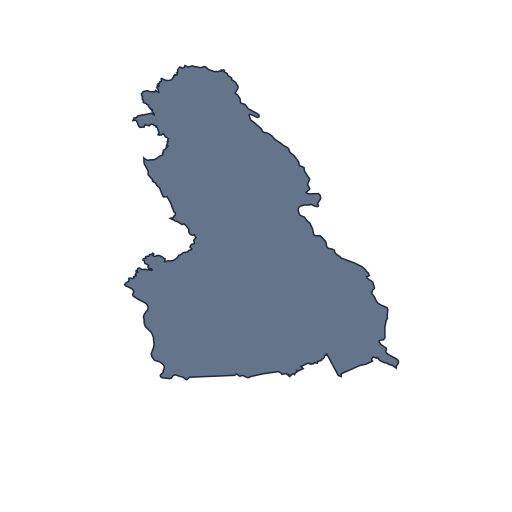 the district of Coyaima, Tolima, Colombia, rotated 117°
{"feature_id": "7082276B89434947154021", "entity_name": "Coyaima", "entity_type": "district", "adm_level": 2, "iso_a3": "COL", "parent_name": "Colombia", "parent_adm1": "Tolima", "projection": "equal_earth", "projection_center": [-75.157, 3.75], "detail": "fine", "context": "isolated", "style": "filled", "palette": "slate", "viewbox_px": 512, "rotation_deg": 117, "n_neighbors": 0, "source": "geoboundaries", "source_scale": "gbopen_adm2", "svg_char_len": 6155}
<svg xmlns="http://www.w3.org/2000/svg" viewBox="0 0 512 512"><g transform="rotate(117 256 256)"><path d="M397.6,261.5L394.2,260.2L372.0,220.8L370.2,220.1L369.9,219.4L370.5,215.9L368.4,213.6L368.3,208.3L367.2,206.8L366.4,206.7L357.5,195.9L349.1,183.9L348.8,182.6L349.0,180.3L349.6,179.0L346.9,175.6L347.6,174.6L346.9,173.7L346.8,173.0L347.6,173.2L348.2,171.3L344.3,169.8L343.9,168.7L344.2,167.8L342.6,167.9L340.0,166.7L339.6,167.2L339.7,166.5L334.9,162.8L334.1,165.8L328.3,161.5L327.6,159.9L327.7,158.5L327.3,158.2L327.3,157.6L326.3,156.7L326.0,155.9L324.2,155.3L324.2,154.2L323.6,152.6L321.9,153.2L320.3,151.2L319.8,151.3L319.1,150.2L318.1,150.6L317.1,149.6L315.3,149.2L313.0,149.5L312.7,148.5L311.8,149.0L311.2,148.4L325.1,128.4L324.8,125.3L322.2,126.5L306.1,113.5L302.6,109.0L296.7,104.4L296.3,105.5L295.2,106.2L293.1,105.9L292.5,105.1L292.6,103.4L291.9,102.6L292.2,101.9L291.5,101.3L291.7,100.0L292.3,100.0L292.9,98.0L292.8,92.9L292.1,91.9L292.3,88.2L291.5,84.9L292.3,80.2L289.8,80.9L286.8,80.5L285.6,80.9L284.6,81.8L283.9,83.8L283.7,93.1L283.1,95.8L282.2,97.1L280.1,97.3L279.0,98.1L278.2,104.4L276.8,107.0L276.2,107.6L275.3,107.6L274.0,106.5L273.0,104.5L270.5,103.9L260.9,108.9L254.2,110.7L252.1,110.5L248.9,112.3L243.9,114.2L242.5,115.9L242.9,122.4L242.7,125.7L241.1,128.9L238.7,131.8L236.7,136.0L233.6,136.7L231.3,135.8L230.5,136.0L226.3,140.1L225.7,142.5L225.8,144.1L225.1,147.3L224.1,147.8L222.0,146.1L220.0,148.7L219.6,150.9L218.6,152.0L217.4,156.5L217.5,165.0L219.2,178.8L218.5,180.8L217.9,185.3L217.3,186.9L215.3,188.9L215.2,191.2L216.2,194.7L216.0,196.5L215.0,197.8L212.7,199.2L211.0,201.4L208.8,208.1L210.9,212.0L211.0,213.3L210.4,214.5L206.4,217.7L202.3,222.8L201.4,226.6L199.4,230.4L199.7,235.1L199.1,236.4L195.9,239.3L194.5,239.8L192.8,239.9L191.2,238.9L188.5,235.9L186.2,231.4L185.0,230.6L184.9,226.4L184.5,224.4L183.7,223.3L183.0,223.1L180.9,225.0L176.2,224.4L174.7,224.9L172.8,226.4L172.0,228.7L176.5,236.8L177.0,239.6L176.5,240.3L172.8,238.7L171.6,238.6L168.9,242.5L163.1,243.1L158.3,251.5L155.4,253.3L155.7,257.6L155.4,258.8L152.8,260.7L149.2,267.8L148.3,272.7L146.2,275.0L145.2,276.8L145.0,282.2L144.2,285.3L143.6,291.5L142.7,294.5L141.9,295.7L141.3,299.3L141.4,302.2L142.1,304.6L142.2,306.2L140.5,308.8L139.8,310.6L137.8,318.7L137.2,322.7L133.6,326.1L133.0,326.0L132.3,324.8L132.0,322.8L132.0,317.7L130.6,316.5L129.0,317.3L128.5,319.8L128.3,329.4L127.8,331.0L125.9,334.5L126.5,338.2L126.3,339.5L123.4,341.4L122.4,342.7L121.1,345.4L120.4,348.6L114.8,348.2L113.3,348.8L112.4,349.8L112.0,351.0L110.9,352.4L109.9,356.3L109.9,357.8L108.4,358.5L107.9,363.1L106.5,364.6L106.3,368.0L105.1,368.4L104.9,369.2L106.1,371.3L106.6,370.5L107.1,370.5L107.7,372.5L109.2,373.7L109.4,374.9L110.5,376.3L111.4,382.6L110.4,386.5L110.8,388.5L112.3,389.6L113.6,391.3L114.5,395.3L115.1,396.5L115.5,399.1L118.5,402.3L118.5,405.8L120.9,405.6L122.1,406.7L121.9,408.6L122.4,409.9L126.0,410.3L127.5,409.3L128.8,410.0L129.2,408.9L130.6,408.7L131.2,410.7L131.9,410.2L132.7,411.1L134.1,410.6L134.7,411.1L137.0,411.0L139.1,413.2L140.5,416.1L140.6,420.4L141.0,421.0L143.3,419.6L144.3,420.7L145.9,420.6L146.9,421.5L148.0,420.1L148.7,421.5L149.1,421.1L149.3,420.0L150.0,420.8L150.5,420.5L151.1,420.8L151.8,419.0L154.3,417.0L154.4,419.2L154.0,420.5L156.4,421.3L156.1,422.1L157.6,424.6L158.0,427.7L160.7,431.2L162.5,431.2L163.3,431.8L164.8,431.0L165.7,429.3L167.9,428.7L168.5,426.8L170.1,426.4L170.4,425.0L169.9,423.4L170.5,422.0L170.3,421.1L171.8,419.2L173.2,416.0L173.1,415.6L172.6,415.6L172.6,414.8L174.1,414.5L175.6,411.3L176.5,410.8L176.3,414.2L179.4,417.6L180.1,419.0L181.3,419.7L181.7,421.4L182.9,422.3L184.8,424.8L187.1,425.5L188.3,427.2L191.3,427.2L189.8,425.2L189.8,423.8L193.6,419.3L194.1,417.7L191.8,414.1L190.4,414.7L189.6,414.4L188.3,410.0L186.3,409.5L185.3,407.0L186.0,406.0L185.4,403.8L186.4,403.8L186.3,402.6L187.0,401.5L188.9,399.9L190.1,398.2L192.4,398.4L192.3,397.1L191.5,396.5L191.2,395.1L189.4,394.5L189.1,393.8L190.9,390.9L191.0,388.5L191.4,387.2L192.6,387.3L193.9,386.3L194.3,387.0L196.0,385.9L197.4,386.0L197.9,384.5L198.7,385.7L199.6,384.7L200.1,385.2L201.8,385.1L203.9,386.6L205.7,385.6L206.8,386.0L207.6,385.0L208.3,384.9L210.8,387.3L214.0,388.7L216.4,390.4L218.9,394.8L220.0,395.8L219.9,399.6L219.6,400.5L223.9,398.0L225.0,396.9L229.3,390.6L232.6,389.0L235.2,382.5L236.3,382.3L236.6,378.7L238.4,375.9L238.9,373.0L244.5,366.8L245.4,365.3L243.7,362.3L243.9,361.6L247.5,356.1L253.9,349.3L254.3,347.4L256.2,346.5L258.2,347.4L259.2,347.1L260.1,347.7L260.4,348.7L261.6,349.5L261.3,347.2L261.4,343.4L261.0,342.2L261.5,336.3L261.3,335.7L260.3,335.1L260.2,334.1L260.9,331.5L262.9,327.6L265.0,327.0L266.4,324.8L266.7,324.1L266.4,322.3L264.9,320.3L266.4,318.9L266.6,317.9L270.4,318.6L271.7,317.2L272.9,316.6L275.2,318.9L277.3,319.0L278.4,318.6L278.5,316.7L279.5,316.2L281.4,318.3L283.6,318.9L285.9,322.3L289.8,324.1L290.5,325.2L293.1,325.2L297.1,327.3L299.1,329.7L300.1,332.1L302.5,334.8L299.7,335.8L299.9,336.9L299.3,339.3L299.5,342.8L300.4,343.6L300.5,344.7L301.5,344.9L302.6,346.8L302.2,348.1L300.5,348.0L300.4,349.4L302.2,349.9L302.8,351.2L303.5,351.5L304.9,351.4L305.5,352.7L306.7,354.0L308.0,353.0L308.5,354.0L309.8,355.0L310.8,355.1L310.9,353.4L313.1,351.5L312.8,349.2L313.1,348.0L313.6,347.2L315.0,347.3L315.6,346.6L315.8,345.6L314.8,343.3L315.7,342.1L316.4,342.8L316.7,345.4L317.9,346.4L317.9,348.2L319.9,351.6L319.6,354.3L320.2,355.4L321.8,355.7L322.8,355.3L323.9,356.2L324.2,355.7L324.1,354.2L325.0,355.0L327.1,355.3L327.6,354.0L328.2,353.8L329.8,355.7L330.7,354.8L332.0,355.4L332.4,357.2L333.4,359.0L334.3,359.1L334.8,358.3L336.5,358.0L338.8,359.6L341.1,360.1L341.8,358.8L341.5,354.6L341.7,351.0L342.2,350.0L343.3,348.8L346.6,348.3L347.5,347.2L348.1,340.6L348.1,334.1L348.7,331.2L350.4,328.9L353.0,328.1L358.5,329.1L361.3,328.7L363.7,326.7L367.0,324.9L369.3,322.1L371.7,314.3L374.9,310.6L381.2,306.6L384.0,305.8L390.9,304.9L393.3,302.6L395.0,299.0L394.0,293.3L395.1,288.7L396.2,287.5L398.5,286.5L400.4,286.6L401.7,285.9L405.7,287.2L406.6,286.5L407.1,285.6L407.1,284.4L404.6,277.6L403.5,276.1L400.1,275.5L399.1,274.7L398.4,273.3L397.8,268.8L397.1,266.3L397.7,263.5L397.6,261.5Z" fill="#64748b" stroke="#1e293b" stroke-width="1.5"/></g></svg>